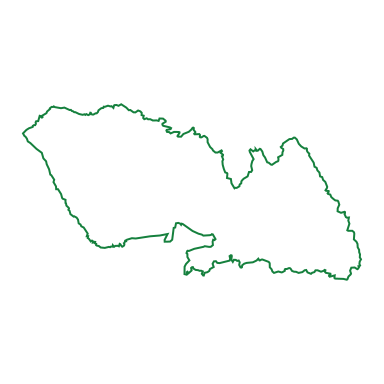 the district of Mbooni, Eastern, Kenya
{"feature_id": "3690345B27986350710354", "entity_name": "Mbooni", "entity_type": "district", "adm_level": 2, "iso_a3": "KEN", "parent_name": "Kenya", "parent_adm1": "Eastern", "projection": "albers", "projection_center": [37.612, -1.65], "detail": "fine", "context": "isolated", "style": "outline", "palette": "green", "viewbox_px": 384, "rotation_deg": 0, "n_neighbors": 0, "source": "geoboundaries", "source_scale": "gbopen_adm2", "svg_char_len": 6022}
<svg xmlns="http://www.w3.org/2000/svg" viewBox="0 0 384 384"><path d="M184.5,274.1L186.7,274.7L187.3,274.2L186.8,272.2L187.4,271.7L188.7,273.1L191.6,270.5L191.1,268.0L192.2,267.1L193.0,267.2L193.4,268.5L195.6,269.9L198.2,270.2L199.5,270.8L201.1,270.7L202.8,271.4L201.8,273.8L203.2,275.5L203.8,275.5L204.6,272.8L207.4,272.2L209.3,270.9L209.9,269.1L213.7,267.0L212.6,263.8L213.9,261.4L215.9,261.2L217.3,262.9L219.6,263.1L229.6,260.6L230.2,258.8L229.6,256.1L230.9,255.2L231.6,255.4L231.8,256.1L231.3,259.6L232.8,261.9L233.9,259.8L235.8,259.9L237.2,260.9L238.7,260.5L239.7,262.3L239.2,264.9L240.5,267.4L241.3,267.6L241.9,267.3L242.2,265.3L244.2,263.7L246.6,262.9L252.9,262.3L256.6,260.5L258.3,258.7L259.3,260.3L259.8,260.5L261.4,259.6L262.4,259.5L268.5,261.8L269.3,262.5L269.7,263.4L269.8,267.3L271.6,269.3L272.4,271.5L274.0,272.9L278.3,271.5L281.5,272.4L282.4,272.2L284.8,270.8L284.8,269.4L285.3,269.0L286.8,269.0L289.0,268.1L289.8,268.1L290.6,268.7L292.0,270.9L294.0,271.7L296.0,271.8L298.6,272.9L302.4,272.1L304.6,270.3L306.2,270.0L307.5,272.4L311.0,273.8L312.1,272.8L314.4,272.1L315.5,270.3L317.6,270.3L321.0,271.7L323.4,270.9L324.7,269.9L325.4,270.2L325.0,271.9L325.8,272.8L330.4,273.7L330.5,274.4L329.2,275.3L329.0,275.9L329.7,276.7L334.7,275.4L334.4,277.7L334.6,278.3L335.3,278.6L343.4,278.9L346.8,279.7L347.4,279.3L348.5,276.5L350.7,274.4L351.0,273.5L350.1,270.7L351.3,267.7L354.7,267.5L357.3,269.2L358.0,268.8L359.0,267.2L358.5,266.2L359.7,265.9L360.1,265.5L359.4,264.0L359.7,261.6L361.0,259.3L359.8,257.4L360.0,254.3L359.2,252.3L359.1,249.8L357.7,247.3L357.5,243.9L356.4,241.7L353.9,239.4L354.3,233.7L354.0,232.3L352.3,230.8L348.2,230.8L347.3,230.3L349.4,223.7L348.3,220.6L348.9,217.5L347.0,217.7L345.9,217.1L344.5,214.0L345.0,213.1L345.0,212.1L344.6,211.8L341.0,212.8L337.6,211.3L337.7,208.3L339.3,204.7L338.3,201.5L337.7,200.7L335.3,200.4L333.7,199.2L331.3,197.1L330.3,194.6L328.0,193.9L327.6,193.3L328.7,191.8L328.6,191.0L326.1,190.8L325.5,190.3L327.0,187.9L327.2,186.8L325.3,181.9L323.1,179.9L322.2,177.1L320.1,176.4L319.4,172.5L317.4,170.4L316.6,167.8L314.5,166.7L313.7,162.7L309.1,155.6L309.3,153.6L307.8,152.3L306.9,150.7L306.9,148.7L306.4,148.3L304.5,148.5L301.2,146.4L298.8,143.8L296.8,139.4L294.8,137.6L293.6,137.7L292.2,138.9L289.4,139.1L283.0,143.5L282.5,145.6L280.8,147.0L281.3,147.8L283.2,149.0L283.3,150.6L282.5,152.2L282.3,154.9L278.1,157.3L278.5,159.1L278.3,160.8L277.9,161.3L276.2,161.9L272.0,164.8L271.0,164.6L268.7,162.7L267.2,162.3L265.0,157.4L263.4,155.3L262.3,151.5L260.5,149.0L259.8,148.8L257.8,150.7L257.1,150.8L255.7,149.0L255.8,150.6L254.7,150.3L253.2,151.4L250.5,149.3L249.5,150.5L249.8,151.9L253.6,159.1L252.3,161.1L251.5,164.0L251.2,166.1L252.2,170.2L251.2,171.9L249.0,172.0L247.6,176.4L243.7,178.7L242.4,180.0L241.4,181.3L241.2,183.4L240.3,183.9L239.5,185.0L239.4,186.3L236.7,187.9L235.2,187.8L234.5,188.3L231.5,183.3L230.9,179.0L227.0,178.0L227.4,173.7L227.1,173.1L225.2,172.4L223.8,168.8L222.7,164.8L222.4,161.2L223.2,159.4L221.9,156.2L222.9,155.7L223.0,154.7L220.7,152.9L222.0,151.1L221.5,150.4L217.7,152.5L215.4,152.5L213.0,150.5L212.4,149.2L210.1,147.0L207.6,142.2L207.6,139.2L207.0,137.8L204.4,135.9L203.6,136.0L201.6,137.3L200.2,137.3L199.8,136.9L200.0,135.0L199.3,134.1L194.7,134.3L194.2,133.8L195.3,132.4L195.3,131.9L193.7,130.0L193.8,128.0L193.2,127.6L192.6,127.8L191.2,129.7L188.8,131.8L183.4,134.0L181.1,136.7L178.1,136.7L177.5,136.1L177.7,135.6L179.4,133.1L179.5,132.3L178.9,132.0L174.1,131.9L170.6,133.4L169.2,132.1L167.0,131.9L166.4,130.5L166.7,129.9L170.6,129.1L171.1,128.1L169.9,127.4L163.2,125.8L162.4,124.7L162.5,123.7L165.7,121.7L165.6,120.7L163.0,118.6L159.5,118.5L158.6,120.9L156.7,120.4L152.9,120.5L150.2,119.2L148.1,119.3L146.7,118.3L144.3,119.2L143.2,118.0L143.7,115.7L141.6,115.1L141.7,112.8L140.4,111.4L138.1,110.5L135.4,112.4L133.5,112.3L130.3,110.0L128.8,110.2L126.3,107.6L121.2,104.3L118.5,105.8L116.5,105.0L114.6,105.1L114.1,105.4L113.4,107.9L111.6,106.2L110.3,106.4L108.0,105.7L104.9,106.8L103.7,106.7L103.3,107.9L101.3,108.2L98.5,110.3L97.9,112.1L96.7,113.3L95.6,113.3L93.5,114.5L92.2,114.5L91.4,114.2L90.8,112.8L90.3,112.7L89.6,114.5L88.2,115.1L86.3,114.1L85.3,114.9L84.5,114.3L82.6,114.8L79.1,114.0L75.4,112.2L74.2,112.2L73.1,111.3L71.9,111.0L70.9,109.9L69.6,110.0L64.4,107.6L61.0,108.2L54.8,107.1L53.8,106.4L53.1,107.0L51.7,106.9L50.3,107.9L49.8,108.4L50.0,109.0L47.1,111.5L46.4,113.2L42.3,115.6L42.5,117.2L41.9,117.6L41.4,117.4L40.8,116.1L39.7,115.8L38.2,121.1L36.1,121.3L35.6,122.4L35.9,123.8L35.2,125.1L34.0,125.1L32.8,125.9L32.8,126.8L32.3,127.1L29.1,128.2L26.4,129.9L23.0,133.4L24.4,135.9L25.5,136.7L26.9,138.7L27.8,141.4L30.3,143.0L36.5,148.9L41.8,152.8L43.4,158.4L46.1,161.3L46.7,164.2L49.1,169.3L50.3,174.6L51.3,175.2L54.2,179.7L53.5,182.1L56.0,186.4L56.2,189.2L58.0,189.2L61.1,194.1L62.1,197.9L62.7,198.7L65.5,199.8L65.5,203.0L66.0,203.3L66.4,205.6L68.7,207.8L69.0,208.5L68.4,209.8L69.6,210.9L70.4,214.1L73.6,216.6L74.2,216.3L76.6,217.6L78.0,219.6L78.7,223.4L80.5,224.5L81.3,226.3L83.7,227.5L87.7,233.6L86.8,236.2L88.1,236.2L87.7,238.0L88.8,238.7L90.8,241.5L92.0,240.6L93.1,241.4L92.9,242.4L94.2,241.8L95.1,241.9L94.7,243.2L96.2,243.8L96.1,245.1L96.8,245.6L98.8,246.0L100.7,247.5L104.8,247.9L108.9,246.9L110.1,247.2L111.1,246.5L112.8,246.7L112.9,245.3L114.2,246.7L115.3,245.9L117.6,245.8L118.9,246.3L119.7,243.9L120.3,244.2L121.8,246.5L122.4,246.7L124.1,245.5L124.4,244.2L123.9,243.2L124.6,242.6L125.1,240.9L126.2,241.1L126.2,240.1L127.0,239.7L131.9,238.2L135.7,238.5L150.1,236.3L159.9,235.5L167.6,234.0L164.6,239.9L164.7,241.7L170.1,241.6L172.2,239.7L173.7,227.9L175.2,227.5L176.0,223.3L178.3,222.9L180.2,223.6L181.1,224.8L181.7,223.7L182.7,224.0L192.6,231.0L198.5,233.7L201.8,234.6L203.3,235.6L209.8,235.2L211.5,234.7L211.8,234.2L212.8,234.4L215.5,239.1L214.5,240.1L213.2,239.7L212.6,241.7L212.9,245.1L210.8,246.8L209.2,246.9L204.7,246.2L203.6,246.8L194.3,248.8L188.8,251.0L187.8,250.7L187.2,251.1L186.5,253.1L187.4,254.0L187.4,257.0L189.4,260.4L186.0,264.0L184.6,266.7L184.5,274.1Z" fill="none" stroke="#15803d" stroke-width="2"/></svg>